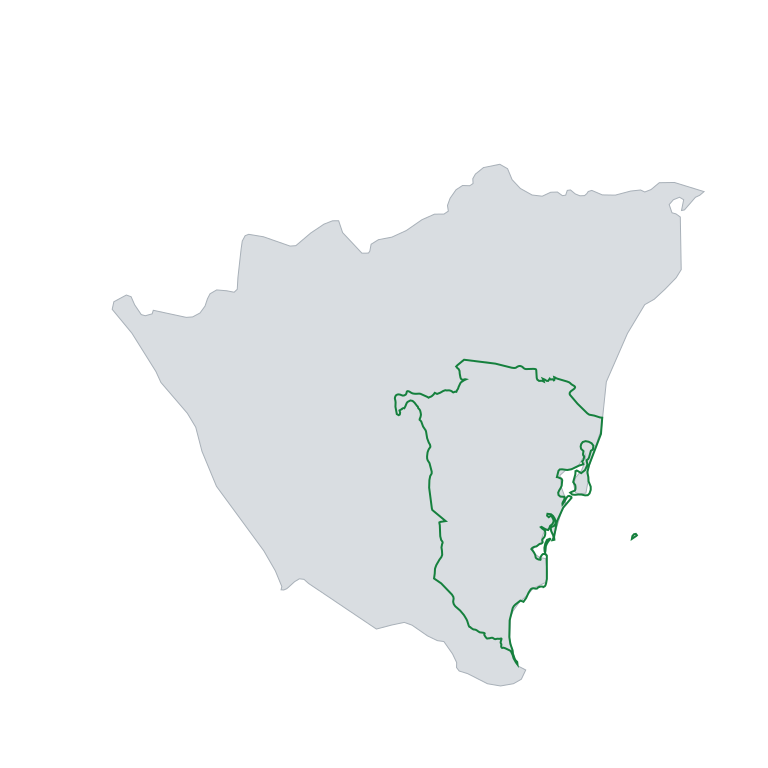 location of Atlántico Sur within Nicaragua, rotated 14°
{"feature_id": "NIC-644", "entity_name": "Atlántico Sur", "entity_type": "Autonomous Region", "adm_level": 1, "iso_a3": "NIC", "parent_name": "Nicaragua", "parent_adm1": "", "projection": "orthographic", "projection_center": [-84.133, 12.113], "detail": "fine", "context": "in_parent", "style": "outline", "palette": "green", "viewbox_px": 768, "rotation_deg": 14, "n_neighbors": 0, "source": "natural_earth", "source_scale": "10m", "svg_char_len": 8329}
<svg xmlns="http://www.w3.org/2000/svg" viewBox="0 0 768 768"><g transform="rotate(14 384 384)"><path d="M648.0,119.9L644.7,124.5L641.0,127.5L633.4,142.4L630.7,143.7L630.2,132.7L625.6,131.3L620.2,135.2L617.3,140.9L622.0,148.2L626.1,148.3L631.1,150.3L644.7,201.1L641.8,210.2L633.6,224.3L625.7,236.4L617.8,243.9L608.0,276.0L599.2,328.1L605.8,374.9L602.6,418.2L605.5,428.4L606.3,441.1L599.7,443.4L596.0,443.1L592.2,435.3L592.6,428.4L596.5,420.3L598.1,409.4L596.2,403.7L592.4,416.1L585.6,421.7L581.1,423.7L576.8,430.0L581.4,441.8L587.3,450.5L589.3,456.7L587.1,464.1L585.8,489.4L583.7,488.7L581.5,485.3L575.3,485.1L574.5,495.3L575.0,501.0L569.7,505.4L567.8,509.8L572.2,512.8L577.0,514.7L582.9,514.3L587.8,526.8L589.4,537.0L578.0,546.4L574.2,554.2L567.8,563.6L564.2,572.9L563.1,579.6L567.5,600.7L575.3,615.6L581.9,625.1L590.7,627.2L588.7,637.2L582.1,643.5L570.1,648.8L556.9,649.8L535.2,644.8L526.4,644.3L523.0,641.6L521.9,636.7L515.8,629.3L504.4,619.4L497.9,620.1L487.2,617.9L469.5,611.2L461.3,610.4L449.6,616.1L435.9,623.6L403.0,611.7L379.9,603.3L359.1,595.8L353.6,592.9L349.0,593.5L345.1,597.4L340.5,604.3L339.1,606.2L336.6,608.1L333.9,608.6L333.9,605.3L323.8,591.6L307.7,574.9L246.2,523.8L223.7,493.4L211.8,471.5L200.3,460.0L167.2,436.5L159.7,427.1L127.1,395.7L102.2,377.3L102.0,369.5L112.5,360.0L117.5,360.5L122.9,367.5L131.7,375.4L135.9,375.5L142.1,372.0L142.3,368.3L176.0,367.2L182.1,365.2L188.3,359.6L191.5,351.7L192.1,344.0L193.4,338.5L198.9,333.2L208.8,331.6L216.4,331.2L218.7,327.6L216.5,315.9L212.7,287.5L211.9,279.6L213.4,273.7L216.5,271.5L231.4,270.3L259.5,272.9L265.0,271.1L276.5,255.1L287.1,243.4L294.6,238.1L300.5,236.6L307.2,247.1L330.9,262.4L335.0,261.4L337.3,260.6L338.1,258.5L337.7,251.5L343.7,245.3L356.1,239.6L368.5,229.7L381.1,215.4L391.9,207.0L401.1,204.6L404.6,200.7L402.4,195.4L403.2,187.8L406.9,178.1L412.2,172.4L419.2,170.9L421.9,167.9L420.5,163.3L421.9,158.2L428.2,149.9L443.2,142.8L451.8,145.2L458.9,154.8L469.0,161.3L482.0,164.8L492.1,163.5L499.4,157.6L505.8,155.8L511.6,158.1L514.6,156.8L515.0,151.8L518.0,150.6L523.6,153.3L528.6,154.0L533.0,152.7L534.7,150.3L535.6,147.8L538.8,145.9L550.1,147.7L562.7,144.8L576.7,137.1L586.0,133.7L590.6,134.6L596.1,130.7L602.4,122.1L617.0,118.2L648.0,119.9Z" fill="#d9dde1" stroke="#a8b0b8" stroke-width="1"/><path d="M603.9,363.9L606.6,380.0L602.6,412.9L602.6,420.1L603.0,421.3L604.8,424.9L606.0,428.9L609.4,433.6L610.2,436.7L609.9,440.5L608.6,442.6L606.1,443.4L602.2,443.5L599.3,444.2L596.2,445.3L593.4,445.7L591.0,444.4L591.9,443.5L594.4,441.7L595.1,440.9L595.2,439.5L594.7,437.5L594.0,435.8L591.3,433.4L591.5,425.3L590.9,422.2L591.5,421.9L591.8,421.4L592.6,421.4L596.9,422.8L599.9,418.9L600.9,413.3L599.3,409.5L599.3,408.6L600.3,407.4L600.7,405.7L600.9,398.7L602.2,397.4L602.5,396.6L602.1,393.2L599.8,391.3L596.5,390.5L593.4,390.7L590.9,392.2L589.9,394.5L589.9,397.0L590.9,399.2L593.5,400.7L593.8,400.9L594.0,403.4L594.2,404.3L594.7,405.2L595.3,405.5L595.8,406.0L595.9,407.3L595.9,409.4L595.6,410.3L595.0,411.2L595.5,411.8L596.8,413.7L593.0,416.0L586.5,421.4L582.6,423.1L577.4,423.7L575.2,424.4L574.3,426.1L574.3,432.5L574.9,432.4L575.9,432.5L577.4,432.8L578.4,432.7L579.2,433.0L580.2,434.2L581.0,439.7L580.5,442.4L579.7,444.9L579.3,447.3L580.2,449.5L582.4,450.6L586.3,449.8L586.9,451.7L586.8,453.0L586.1,455.4L586.0,456.8L586.3,457.6L586.8,456.5L588.7,450.1L589.5,448.5L590.6,447.8L593.0,448.2L593.5,449.1L587.8,460.6L585.1,475.3L586.0,491.3L587.0,493.9L586.1,494.4L585.2,494.8L585.7,492.2L584.9,490.1L581.8,486.3L580.5,483.2L581.6,481.8L583.3,480.6L584.3,477.7L583.7,475.6L582.1,473.2L579.9,471.1L577.6,470.0L574.0,470.4L574.1,472.3L576.1,473.4L577.6,471.7L578.6,471.7L580.6,473.9L581.5,475.2L581.8,476.8L581.4,478.9L579.5,481.6L579.3,483.6L578.6,486.0L576.5,486.1L571.4,484.5L570.8,485.0L572.3,485.9L575.3,487.1L576.0,488.1L576.5,489.4L576.8,490.9L576.8,492.6L576.6,493.7L575.5,496.0L575.3,496.9L575.5,497.6L575.9,498.3L576.2,499.1L576.0,499.9L575.4,500.7L574.1,501.3L573.6,501.6L571.4,504.5L570.7,505.0L569.6,505.4L568.4,506.3L567.4,507.4L566.9,508.5L568.5,509.6L570.4,511.3L572.1,513.3L573.2,515.7L574.0,516.3L575.2,516.7L576.5,516.9L578.3,516.7L578.4,516.1L577.9,515.3L577.7,514.3L578.5,511.9L579.2,510.7L580.3,510.2L582.3,510.1L583.5,511.1L589.2,533.8L589.5,538.2L589.4,539.8L589.2,540.8L588.8,541.5L587.8,542.4L587.6,542.1L585.8,542.4L584.2,543.0L584.0,543.3L583.1,543.7L581.9,545.5L580.7,545.9L579.3,546.0L578.1,546.1L577.1,546.6L576.1,547.6L574.8,551.4L573.7,557.3L572.0,561.6L569.4,561.2L568.7,561.2L564.8,566.2L563.7,568.1L563.1,570.3L563.1,582.9L566.8,599.2L569.5,605.7L573.2,611.3L574.3,614.4L577.3,619.1L578.3,620.1L580.5,621.5L581.4,623.9L579.3,622.2L576.1,618.8L574.4,615.9L572.1,613.0L571.4,612.4L570.5,612.1L565.7,611.1L564.3,611.0L563.5,611.0L562.6,611.5L562.3,611.5L561.8,611.2L561.3,610.6L561.1,610.1L561.0,608.8L560.8,608.1L560.2,607.5L559.7,606.7L559.6,605.6L559.7,603.3L559.7,602.9L559.5,602.7L559.2,602.6L557.5,603.4L555.7,603.7L553.6,604.7L552.6,604.6L551.4,604.2L550.7,604.0L549.8,604.2L549.3,604.4L547.9,605.2L546.9,605.5L545.8,606.0L545.3,606.0L544.7,605.6L543.5,604.7L542.1,603.3L542.0,603.0L541.9,602.7L542.0,601.6L541.6,601.4L540.8,601.3L537.0,601.8L535.4,601.3L533.4,600.5L532.3,600.3L531.5,600.3L530.3,600.5L529.7,600.4L527.7,599.7L526.5,599.0L526.0,598.9L525.7,599.0L525.2,598.6L524.6,597.9L522.1,593.8L521.0,592.4L517.5,588.9L512.7,585.4L507.0,582.5L505.9,581.6L504.8,580.5L503.8,578.6L503.6,577.0L503.5,575.5L502.8,573.8L500.9,571.9L487.7,563.6L479.6,560.6L479.1,555.8L478.2,551.0L478.3,549.4L478.6,546.9L480.3,541.0L481.5,538.1L481.8,535.7L480.6,531.8L479.3,528.7L479.1,525.4L479.3,523.9L479.0,523.1L478.2,522.3L477.2,521.5L475.4,518.1L472.3,507.5L471.5,505.8L471.2,504.9L472.2,504.1L477.0,502.1L461.4,494.6L460.6,493.3L452.9,473.7L451.3,466.3L451.1,462.2L451.9,459.4L451.5,457.5L447.3,449.8L446.5,449.0L445.7,448.3L444.8,447.4L443.9,445.9L443.3,443.8L442.8,439.8L443.0,437.7L443.3,436.2L444.0,434.5L444.2,433.8L443.9,432.9L443.2,431.6L441.6,430.0L439.0,426.2L436.4,420.2L435.7,419.0L432.2,415.8L429.3,411.5L428.6,410.9L427.2,410.1L427.1,409.2L427.4,407.2L427.3,404.9L426.7,403.4L425.7,401.4L425.0,400.5L424.3,399.9L423.2,399.3L422.2,397.7L421.6,397.5L418.1,394.7L415.8,393.5L413.6,393.6L411.2,395.7L410.6,397.1L410.1,400.6L409.6,402.5L409.3,402.4L408.2,403.0L407.4,403.8L407.4,404.1L407.0,404.4L405.4,405.9L406.6,407.9L406.7,409.8L405.8,410.7L403.7,410.1L400.6,403.3L399.7,399.1L399.2,397.7L398.0,395.3L397.9,394.1L398.1,392.9L398.5,391.9L399.4,391.1L400.4,390.6L402.2,390.4L403.6,390.6L405.0,390.7L406.2,390.3L407.6,389.1L408.0,387.9L408.0,385.9L408.4,385.3L409.6,385.1L410.7,385.3L412.8,386.0L414.1,386.2L415.6,386.1L417.3,385.8L420.6,384.8L421.8,384.7L429.0,386.0L430.6,386.5L431.1,385.9L432.6,384.9L433.3,384.2L434.6,382.3L435.4,380.3L437.9,380.8L440.6,378.9L443.2,376.4L445.0,375.2L446.4,375.1L448.7,374.4L450.4,374.4L451.9,374.8L452.6,375.3L453.3,375.4L454.6,374.4L455.3,374.1L455.8,374.2L456.1,374.1L456.4,372.3L457.0,370.6L457.1,368.8L457.9,364.7L458.4,363.6L461.0,360.8L462.4,359.7L462.1,359.7L461.4,359.8L459.8,360.7L459.1,360.8L458.3,360.8L458.0,360.7L457.5,360.3L456.7,359.4L455.0,355.7L454.1,353.0L453.1,351.8L452.7,351.4L451.2,350.7L450.3,349.9L449.8,349.6L450.6,348.1L455.8,341.1L487.1,337.3L504.0,337.3L506.4,337.0L507.9,336.4L509.4,334.8L510.7,333.9L511.6,333.6L512.4,333.6L513.3,333.7L514.0,333.9L514.7,334.2L515.6,334.8L517.0,335.2L518.1,335.2L525.5,333.1L527.1,332.9L528.0,333.1L528.4,333.8L530.7,341.1L531.2,342.0L531.9,342.8L532.6,343.0L533.7,343.5L536.6,342.6L538.5,343.0L537.5,341.2L536.9,340.5L539.2,340.9L541.0,341.6L542.5,341.3L543.5,338.7L544.3,339.3L544.9,339.3L546.0,338.7L546.8,338.7L547.9,339.4L548.3,338.9L548.2,337.6L547.5,336.2L548.8,336.4L549.3,336.7L551.1,336.9L561.0,337.3L563.3,337.6L564.5,338.1L565.5,338.7L566.7,339.2L568.8,339.8L569.8,340.3L570.2,340.9L570.1,341.6L569.9,342.3L569.4,343.0L567.1,345.8L566.7,346.6L566.4,347.3L566.4,348.0L566.5,348.6L566.8,349.2L567.3,349.7L576.5,356.3L588.4,363.3L590.6,364.1L595.6,363.8L601.7,364.2L603.9,363.9ZM580.3,507.5L579.3,504.2L579.1,499.7L579.9,495.8L582.4,494.0L582.6,494.1L582.8,494.2L582.8,494.4L582.7,494.8L581.9,496.1L581.1,498.1L580.5,500.4L580.3,502.4L581.0,506.9L581.1,508.6L580.3,507.5ZM662.0,474.3L661.8,471.5L662.9,469.3L664.6,468.5L666.0,469.6L665.5,470.4L662.0,474.3Z" fill="none" stroke="#15803d" stroke-width="2"/></g></svg>